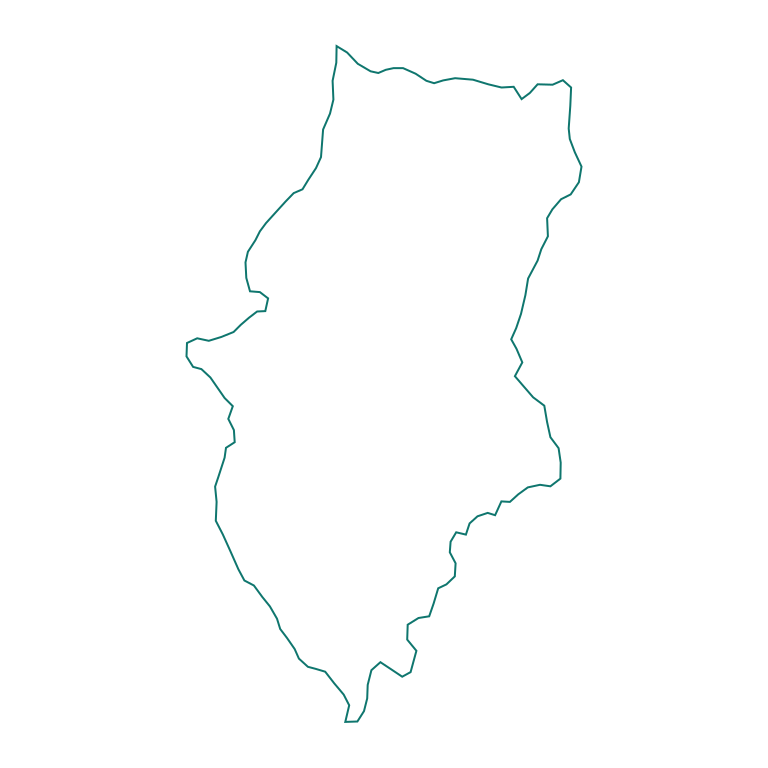 Lucianópolis, São Paulo, Brazil (Equal Earth projection)
{"feature_id": "56859067B1295139802373", "entity_name": "Lucianópolis", "entity_type": "district", "adm_level": 2, "iso_a3": "BRA", "parent_name": "Brazil", "parent_adm1": "São Paulo", "projection": "equal_earth", "projection_center": [-49.55, -22.48], "detail": "fine", "context": "isolated", "style": "outline", "palette": "teal", "viewbox_px": 768, "rotation_deg": 0, "n_neighbors": 0, "source": "geoboundaries", "source_scale": "gbopen_adm2", "svg_char_len": 1901}
<svg xmlns="http://www.w3.org/2000/svg" viewBox="0 0 768 768"><path d="M560.7,462.6L558.6,448.2L550.4,437.2L547.1,422.1L544.3,405.7L533.1,397.3L523.6,386.3L514.9,376.2L522.3,362.4L516.5,348.8L511.2,339.3L516.2,328.1L521.0,313.9L525.4,295.1L528.1,278.5L537.6,260.6L541.3,249.2L547.9,236.3L547.1,218.2L552.4,209.3L561.1,199.2L570.7,194.4L578.9,182.2L581.5,166.6L574.8,152.2L569.8,139.0L568.7,128.5L570.3,105.8L571.1,87.5L562.9,80.2L552.6,84.7L537.6,84.3L529.9,92.9L521.6,99.1L513.7,86.8L501.5,87.5L488.3,84.3L473.0,79.7L455.1,78.2L443.2,80.4L434.1,83.2L426.4,80.8L415.6,73.7L403.0,68.1L393.7,68.1L385.8,69.8L378.3,73.0L370.6,71.3L357.8,63.8L347.1,52.5L336.6,46.1L336.3,62.7L332.6,80.8L333.4,99.6L330.0,113.6L323.1,129.5L321.0,157.1L316.0,168.1L308.3,179.8L302.5,189.3L293.7,193.1L285.5,201.6L275.5,212.6L266.0,223.1L259.9,231.3L255.4,240.2L247.9,251.8L245.5,262.4L246.3,277.9L250.0,291.3L259.9,292.1L268.1,298.4L265.3,311.1L257.1,311.5L248.9,317.8L240.7,324.9L233.6,332.0L221.2,337.0L208.8,340.8L197.2,338.3L187.0,343.0L186.5,356.4L193.1,366.9L201.4,369.1L210.4,377.5L224.6,398.0L232.8,406.2L228.3,418.9L233.9,430.1L234.7,442.2L226.0,447.8L224.6,457.7L218.3,477.1L215.1,486.6L216.6,501.9L215.8,520.8L222.8,534.4L230.4,551.2L238.4,569.3L244.4,580.5L253.9,585.5L262.4,597.1L269.9,606.4L277.0,618.7L280.2,629.0L287.1,638.1L294.7,649.1L298.9,658.6L307.9,666.8L315.8,668.9L325.2,671.7L334.2,683.3L343.7,694.6L349.2,705.3L345.3,721.9L357.4,721.5L364.0,711.1L367.2,698.4L367.7,684.9L371.4,670.2L380.4,662.2L391.6,669.6L402.2,676.7L410.6,672.1L416.4,650.8L407.2,639.6L407.7,624.7L418.5,618.0L429.2,616.3L433.6,603.6L438.2,588.3L446.4,584.4L454.8,576.4L455.6,563.3L449.8,552.3L450.6,541.7L456.2,532.3L465.9,534.6L469.6,523.4L477.5,516.3L487.7,512.9L495.1,515.2L501.4,501.4L509.9,501.9L518.3,494.3L527.8,487.4L540.0,484.8L550.4,486.3L560.4,478.6L560.7,462.6Z" fill="none" stroke="#0f766e" stroke-width="2"/></svg>